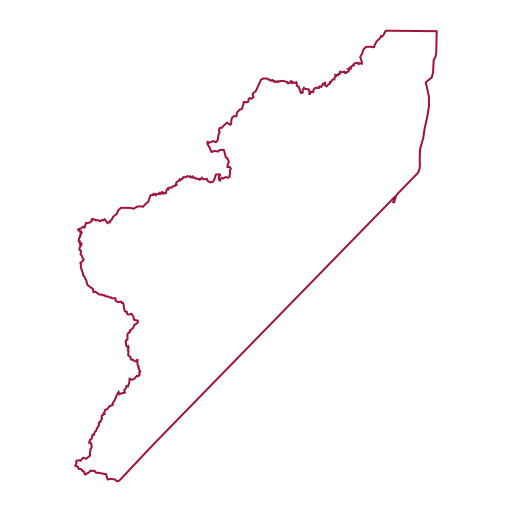 Cantagallo, Bolívar, Colombia (Natural Earth projection)
{"feature_id": "7082276B88554525849396", "entity_name": "Cantagallo", "entity_type": "district", "adm_level": 2, "iso_a3": "COL", "parent_name": "Colombia", "parent_adm1": "Bolívar", "projection": "natural_earth1", "projection_center": [-74.16, 7.216], "detail": "fine", "context": "isolated", "style": "outline", "palette": "rose", "viewbox_px": 512, "rotation_deg": 0, "n_neighbors": 0, "source": "geoboundaries", "source_scale": "gbopen_adm2", "svg_char_len": 5893}
<svg xmlns="http://www.w3.org/2000/svg" viewBox="0 0 512 512"><path d="M418.2,172.6L419.5,168.7L419.9,165.4L419.7,157.1L420.2,148.5L423.2,138.2L424.7,128.1L427.3,116.6L429.0,105.8L428.9,96.0L428.9,96.6L425.8,82.3L431.8,77.4L433.1,72.1L433.7,59.7L435.2,57.6L436.2,53.6L436.7,31.2L386.1,30.7L385.1,31.7L383.7,34.7L382.1,36.5L381.1,36.1L380.0,38.2L376.7,41.3L374.6,45.2L374.2,47.0L373.1,47.3L370.4,46.7L366.1,46.9L363.9,49.0L362.7,51.2L362.2,53.5L360.4,56.7L360.3,57.4L361.8,61.9L361.9,63.7L359.8,63.4L359.0,64.0L358.7,63.3L357.7,63.4L357.6,62.9L356.9,62.7L354.2,63.7L353.7,65.5L353.4,65.5L353.5,64.6L351.3,66.8L351.1,67.5L350.6,66.4L350.5,67.7L349.5,68.0L349.5,69.1L348.3,69.2L349.2,69.9L348.5,71.6L347.0,71.9L345.9,73.2L345.0,72.9L345.0,72.1L344.3,71.6L342.3,72.3L340.2,71.6L339.8,72.4L339.8,73.8L338.3,74.0L338.1,75.2L335.3,74.9L335.9,76.3L334.8,77.0L334.4,79.4L333.4,79.2L331.9,80.3L331.3,81.7L329.9,81.9L329.9,83.7L328.6,84.3L326.7,86.3L324.9,85.2L325.1,82.8L324.8,82.8L323.8,83.6L322.7,83.8L322.4,85.3L321.2,86.9L320.0,86.3L318.9,86.9L318.8,88.0L315.2,87.9L313.6,89.6L313.2,92.0L311.2,91.7L309.9,93.9L309.4,94.0L309.2,90.3L308.6,89.3L304.5,88.8L303.9,87.9L302.5,90.2L302.8,92.4L301.2,93.1L299.6,90.2L299.6,88.6L298.9,87.9L298.7,86.6L297.4,86.3L296.8,85.5L296.8,83.7L296.3,82.2L295.0,82.9L293.7,82.6L292.4,83.0L292.4,81.8L291.0,81.1L290.7,81.7L291.3,82.5L290.0,82.5L288.2,83.3L287.5,83.0L287.3,82.1L283.3,80.9L280.0,81.1L279.4,81.6L278.2,81.1L277.1,82.2L275.8,81.3L274.5,81.9L274.3,81.1L273.3,81.2L272.6,80.0L270.9,80.8L269.8,79.6L268.5,79.7L267.4,78.6L263.2,78.5L261.1,79.6L255.8,91.0L252.6,93.8L253.4,97.5L251.3,98.7L249.8,98.1L248.6,99.0L248.3,101.5L247.7,102.2L243.7,102.0L243.4,104.4L241.8,109.1L239.7,109.6L237.4,112.1L236.6,113.4L236.7,115.6L236.2,116.3L233.7,116.2L232.1,117.7L231.2,120.4L231.4,121.5L230.9,124.3L230.4,124.7L229.6,124.4L227.1,122.6L223.1,126.1L222.0,127.7L220.3,127.8L219.5,128.3L218.8,130.4L219.6,132.1L218.6,134.5L217.6,140.2L216.7,141.5L215.8,142.2L213.3,141.1L208.8,142.8L207.8,141.9L207.5,142.2L207.3,143.4L207.6,144.3L209.3,147.0L211.5,151.9L214.6,151.0L218.0,151.5L219.6,150.0L223.4,149.8L224.0,150.2L225.7,157.1L227.5,158.4L227.5,159.4L228.4,160.3L228.9,161.9L227.5,165.1L227.5,167.0L229.8,167.0L230.8,168.7L229.9,170.4L230.2,173.4L229.6,174.9L229.5,176.7L228.6,177.7L225.5,177.1L223.0,178.6L221.9,177.8L220.4,179.1L220.0,180.5L218.9,179.4L218.9,176.6L220.1,175.5L220.1,174.6L219.2,174.3L216.0,174.6L215.4,175.8L215.2,177.6L213.1,181.7L210.6,182.5L207.7,181.0L206.8,178.9L205.5,179.3L204.7,179.0L203.3,179.2L201.8,177.7L200.4,179.5L199.6,179.8L199.2,179.0L196.0,178.7L195.2,177.6L193.4,177.9L192.6,176.4L190.8,177.4L190.1,176.3L188.9,176.7L187.4,176.1L186.1,177.1L183.1,177.3L182.5,178.8L181.2,179.2L180.4,180.2L179.7,179.4L178.8,180.8L176.5,182.2L176.1,183.4L176.5,184.9L175.4,184.9L175.1,185.8L172.4,186.5L171.8,187.6L169.2,187.6L168.4,189.3L167.6,188.6L166.4,190.6L166.0,193.0L162.8,193.7L162.5,193.3L163.3,192.6L161.8,192.0L160.2,194.0L159.4,193.0L158.5,194.3L156.4,193.9L155.8,195.2L153.9,193.7L153.0,194.4L153.1,195.0L150.6,195.2L148.1,202.1L146.4,203.2L142.9,206.8L140.5,206.3L138.1,206.5L136.3,207.0L133.9,208.7L130.4,207.9L120.9,207.9L118.4,210.1L116.7,213.9L113.1,216.8L111.9,219.4L110.1,220.9L110.2,221.7L109.9,222.4L108.6,222.3L107.5,223.1L104.7,219.2L102.9,220.5L102.1,220.0L99.7,221.3L98.9,220.6L96.8,220.1L95.8,220.4L94.8,219.5L93.5,219.5L92.7,218.8L91.6,219.4L91.7,221.1L90.1,222.4L87.5,223.1L86.0,223.0L84.6,227.5L84.1,227.5L83.2,226.7L80.8,228.5L78.5,229.1L78.1,229.6L78.4,230.4L81.0,231.4L80.5,232.4L81.4,232.3L81.7,232.7L80.7,234.8L80.0,235.4L80.1,236.9L79.2,238.0L78.7,240.7L78.8,241.6L79.9,241.4L80.1,244.2L81.5,243.5L81.6,243.9L81.2,245.2L79.7,247.4L79.4,249.7L81.0,250.9L80.6,254.3L82.0,256.0L82.3,257.3L83.6,259.3L83.4,260.3L80.4,263.0L81.1,264.1L80.7,265.4L81.0,267.8L83.2,274.2L83.2,275.4L84.1,276.3L86.6,281.2L86.8,283.4L87.8,285.3L92.9,288.9L93.5,292.1L95.2,291.6L99.3,294.5L101.7,294.6L102.7,295.3L104.3,295.2L105.3,296.2L108.7,296.7L109.7,297.5L111.1,297.4L112.1,298.4L115.3,298.2L115.7,298.7L115.5,300.5L117.8,302.1L121.3,301.6L121.8,302.9L122.8,302.7L123.6,304.2L124.0,308.3L125.0,311.4L126.8,311.9L127.2,313.9L127.9,314.4L129.4,314.5L131.5,313.8L133.7,317.2L133.8,319.7L137.7,320.6L137.9,321.1L137.9,322.3L135.8,324.2L134.3,324.9L133.3,327.6L130.2,330.7L129.8,330.7L129.9,332.2L128.6,332.7L127.4,334.3L127.5,339.1L127.2,339.8L125.8,340.6L125.7,341.4L126.2,345.5L127.3,346.9L128.2,346.2L128.6,347.4L127.8,350.6L128.5,351.1L128.2,355.3L130.5,357.0L130.6,358.8L131.5,359.8L132.6,359.5L134.5,361.2L136.0,361.3L137.1,359.8L137.5,359.9L137.5,364.9L138.7,366.5L138.3,367.6L139.1,368.7L139.2,369.8L140.3,371.7L139.2,372.6L139.6,374.4L139.3,375.4L138.4,375.6L138.1,376.2L136.8,375.9L133.9,379.1L131.7,379.8L130.3,378.8L129.5,378.8L129.3,382.4L127.9,386.5L126.4,386.1L126.0,388.1L124.2,390.3L124.9,392.5L124.3,392.9L122.0,393.1L119.4,394.3L118.6,392.0L116.9,394.8L114.6,400.4L112.6,403.2L112.8,404.9L109.6,406.1L107.1,409.3L105.6,409.5L104.8,410.3L104.6,412.0L103.5,413.3L103.6,413.6L104.3,413.4L104.6,414.0L101.6,415.8L101.6,417.0L102.1,418.5L100.5,421.1L100.3,422.1L99.6,422.0L99.2,422.5L98.7,423.7L98.9,425.5L97.1,428.1L96.0,431.0L94.7,432.0L93.9,434.9L92.5,434.8L91.9,437.8L91.2,439.4L90.1,439.8L89.3,441.6L89.3,442.6L90.0,442.2L90.9,443.1L91.8,446.4L91.2,448.3L90.3,449.4L90.4,451.3L89.9,452.7L90.1,455.6L86.0,458.8L83.6,457.8L82.7,458.0L80.6,460.8L79.2,460.3L76.8,460.6L76.1,461.4L76.5,463.1L75.3,465.9L77.9,466.8L78.6,468.8L81.4,469.2L82.5,471.1L84.0,471.5L84.8,474.3L86.1,474.3L87.2,473.2L88.3,472.9L90.9,470.5L91.9,471.1L94.5,470.7L96.1,472.8L98.6,472.8L106.1,474.3L107.3,478.8L108.0,479.5L110.0,478.9L114.6,479.3L117.1,481.3L119.4,480.5L154.1,443.7L395.2,196.4L394.4,198.7L394.4,200.4L393.8,201.3L393.5,201.3L393.2,202.1L394.2,202.3L395.0,199.0L396.6,194.8L418.2,172.6Z" fill="none" stroke="#9f1239" stroke-width="2"/></svg>